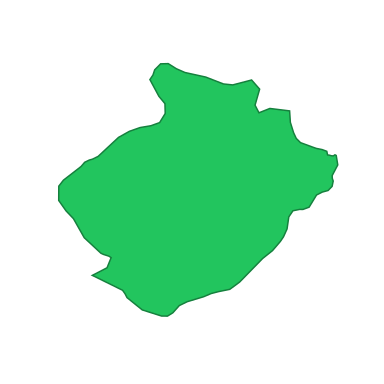 SVG path tracing the border of K. Maras, rotated 211°
{"feature_id": "TUR-2283", "entity_name": "K. Maras", "entity_type": "Province", "adm_level": 1, "iso_a3": "TUR", "parent_name": "Turkey", "parent_adm1": "", "projection": "robinson", "projection_center": [36.909, 37.929], "detail": "fine", "context": "isolated", "style": "filled", "palette": "green", "viewbox_px": 384, "rotation_deg": 211, "n_neighbors": 0, "source": "natural_earth", "source_scale": "10m", "svg_char_len": 1186}
<svg xmlns="http://www.w3.org/2000/svg" viewBox="0 0 384 384"><g transform="rotate(211 192 192)"><path d="M117.9,120.3L123.3,114.8L128.1,108.2L139.6,95.5L144.4,88.1L146.2,78.6L149.1,73.0L154.2,70.0L173.9,65.3L193.3,68.0L197.0,70.3L200.9,72.0L234.5,69.2L225.8,83.3L227.5,94.1L230.2,94.2L235.7,92.9L238.5,92.6L260.8,97.3L279.9,108.1L290.1,110.9L301.9,116.1L309.2,128.4L308.3,135.9L300.2,156.8L299.3,162.2L296.5,166.5L294.3,168.8L290.8,174.2L283.1,201.0L276.9,211.8L269.7,220.5L261.4,227.6L255.5,234.8L255.4,245.5L260.7,253.8L269.7,257.0L286.0,266.7L285.7,272.1L286.9,277.5L284.9,285.7L278.5,289.8L269.0,289.6L259.6,290.8L239.4,297.6L220.7,300.8L212.2,304.8L198.6,318.7L187.0,315.0L182.7,298.9L175.4,294.4L168.3,303.7L150.1,311.8L143.6,302.4L135.4,295.1L130.2,291.6L124.4,290.2L112.3,292.5L107.9,293.4L102.3,295.4L97.4,296.3L94.9,293.6L93.0,294.4L91.1,294.9L89.5,295.7L88.6,297.5L87.2,297.6L81.0,290.3L80.3,278.3L78.8,276.0L76.6,274.1L74.8,269.0L76.1,263.4L80.3,259.0L83.7,253.6L83.8,239.3L87.9,234.2L90.8,232.5L95.8,227.9L96.2,220.5L91.5,209.3L90.5,200.7L90.8,195.1L92.8,183.2L97.2,171.4L104.8,139.3L109.5,128.0L117.9,120.3Z" fill="#22c55e" stroke="#15803d" stroke-width="1.5"/></g></svg>